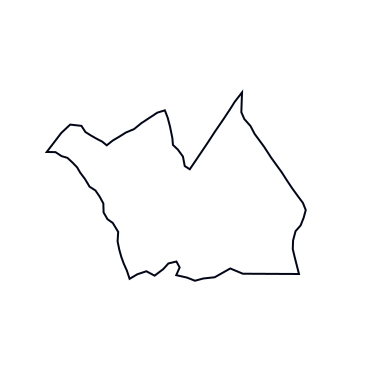 the district of Pindoretama, Ceará, Brazil, rotated 226°
{"feature_id": "56859067B47488412612818", "entity_name": "Pindoretama", "entity_type": "district", "adm_level": 2, "iso_a3": "BRA", "parent_name": "Brazil", "parent_adm1": "Ceará", "projection": "natural_earth1", "projection_center": [-38.296, -4.057], "detail": "fine", "context": "isolated", "style": "outline", "palette": "ink", "viewbox_px": 384, "rotation_deg": 226, "n_neighbors": 0, "source": "geoboundaries", "source_scale": "gbopen_adm2", "svg_char_len": 1207}
<svg xmlns="http://www.w3.org/2000/svg" viewBox="0 0 384 384"><g transform="rotate(226 192 192)"><path d="M58.7,212.0L74.3,220.9L81.0,224.9L86.9,231.0L91.9,239.3L92.5,246.9L95.9,254.4L100.0,261.3L107.1,264.2L117.1,265.5L125.5,266.7L134.8,268.4L143.7,270.2L161.8,272.8L174.6,275.3L182.0,276.3L190.3,277.4L198.8,279.9L208.1,280.3L215.1,282.9L221.6,289.6L228.9,297.2L227.2,285.4L225.4,278.1L222.6,265.6L219.5,250.5L216.4,236.9L212.1,216.7L209.9,206.2L215.7,204.8L223.8,210.1L232.3,211.3L239.1,211.0L244.4,215.3L254.3,221.6L262.3,226.1L269.6,229.2L273.2,222.1L276.7,203.4L277.5,194.0L280.7,185.8L282.3,178.2L284.1,170.6L284.8,163.1L290.6,162.4L296.2,160.5L303.4,158.4L309.2,157.0L316.4,158.4L325.1,151.2L325.3,139.1L321.7,115.3L315.5,121.5L308.4,123.1L303.1,126.1L296.2,126.5L289.6,126.5L283.5,125.0L275.4,124.0L267.0,122.0L260.2,123.6L253.0,122.4L245.4,120.3L238.7,114.2L231.1,112.3L224.8,113.5L214.6,111.2L208.1,104.1L200.8,99.5L194.3,96.0L187.5,93.0L180.6,90.5L172.9,86.8L170.8,95.5L166.7,104.1L157.8,107.0L156.5,117.8L157.0,125.4L152.8,132.5L146.3,130.7L143.1,122.9L134.0,128.9L126.1,132.5L121.9,140.1L114.9,149.1L110.4,166.4L97.9,171.8L58.7,212.0Z" fill="none" stroke="#020617" stroke-width="2"/></g></svg>